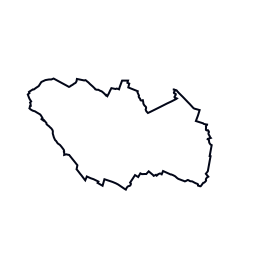 Curtuiseni, Bihor, Romania (Albers equal-area conic projection), rotated 320°
{"feature_id": "2599482B62407773842337", "entity_name": "Curtuiseni", "entity_type": "district", "adm_level": 2, "iso_a3": "ROU", "parent_name": "Romania", "parent_adm1": "Bihor", "projection": "albers", "projection_center": [22.231, 47.541], "detail": "fine", "context": "isolated", "style": "outline", "palette": "ink", "viewbox_px": 256, "rotation_deg": 320, "n_neighbors": 0, "source": "geoboundaries", "source_scale": "gbopen_adm2", "svg_char_len": 4596}
<svg xmlns="http://www.w3.org/2000/svg" viewBox="0 0 256 256"><g transform="rotate(320 128 128)"><path d="M187.6,180.9L186.9,180.6L186.5,179.6L186.9,179.0L187.7,178.2L187.9,178.0L188.2,177.7L188.4,177.3L188.8,176.8L189.2,176.6L189.4,176.6L189.7,176.5L190.6,176.4L190.8,176.2L190.0,175.3L188.8,173.8L188.6,173.3L188.6,172.8L184.5,166.3L187.3,164.7L189.1,163.7L189.6,163.4L190.1,163.1L194.4,160.3L191.2,155.7L190.9,154.5L190.7,149.4L190.5,147.0L190.0,139.5L189.5,134.1L189.4,132.1L189.4,131.5L189.4,130.4L189.1,129.9L189.0,129.6L188.4,129.2L188.4,128.8L188.2,128.3L188.1,128.2L187.8,127.9L187.7,128.0L187.8,128.2L188.0,128.3L188.2,129.1L187.6,129.7L186.8,130.0L186.1,130.2L185.8,130.5L185.7,131.0L185.9,131.5L186.4,132.6L186.1,133.1L185.3,133.5L184.4,133.8L183.5,134.1L183.4,135.0L183.8,135.7L184.4,136.8L183.8,136.8L178.5,135.6L173.6,134.3L167.6,132.9L163.8,132.0L155.5,130.0L152.9,129.3L152.8,127.1L153.0,126.3L153.4,125.2L154.8,124.3L155.3,123.2L155.2,122.6L155.1,121.5L155.1,121.3L155.2,120.1L155.4,119.5L155.6,119.0L156.4,117.8L157.2,116.2L155.9,115.6L155.7,115.3L155.5,114.9L155.7,114.1L156.1,113.2L156.1,112.2L156.0,111.9L156.2,111.2L156.5,110.7L157.2,110.3L158.1,107.1L158.2,106.8L158.3,106.6L159.1,106.1L154.3,97.1L157.5,94.8L156.6,93.0L158.5,91.7L153.9,87.9L147.8,91.4L146.0,92.6L145.6,91.8L144.5,90.4L143.6,90.2L140.9,86.8L138.2,87.9L135.5,89.2L132.7,90.3L132.7,90.2L132.6,88.9L132.1,89.0L132.0,86.8L131.8,85.1L131.4,83.0L130.8,81.9L130.5,81.4L130.2,80.5L129.7,79.4L129.2,79.1L128.7,78.7L128.4,78.1L128.0,77.7L127.9,77.5L127.8,77.3L127.9,77.1L128.0,76.6L127.9,75.7L127.7,73.6L127.1,69.6L127.0,67.9L126.4,64.9L126.4,64.5L126.2,64.1L126.1,63.9L125.6,63.7L125.3,63.6L125.1,63.5L124.8,63.2L124.6,62.9L120.4,57.6L118.6,59.1L117.3,59.6L116.8,59.7L116.2,59.6L115.2,59.4L114.0,59.3L113.2,59.3L111.6,58.9L110.9,59.0L109.2,58.6L108.2,56.0L102.8,42.3L100.4,41.5L98.6,40.0L95.5,38.2L91.4,37.1L91.0,37.1L89.7,37.5L86.5,38.5L83.1,38.1L81.3,38.0L80.5,37.9L80.0,37.3L77.7,37.0L75.7,36.7L75.3,36.7L75.2,37.0L75.1,37.5L75.0,37.9L74.4,37.9L74.2,37.9L72.8,37.9L72.2,39.6L71.6,41.3L71.2,42.8L70.9,45.4L69.3,45.6L69.1,46.4L67.8,48.5L67.2,48.1L66.5,48.6L65.8,49.2L65.1,49.6L65.2,50.1L65.3,51.1L66.1,53.4L67.3,55.2L67.6,55.8L68.0,57.2L68.2,57.7L69.4,61.1L69.4,62.4L68.9,65.4L67.4,65.6L67.4,65.9L67.7,66.6L68.2,67.0L67.9,67.3L67.9,67.8L68.1,68.3L68.7,68.3L68.7,71.8L68.1,72.6L68.1,72.8L68.2,74.0L68.3,74.4L68.7,76.2L68.7,77.1L69.0,79.1L68.8,81.1L68.4,82.1L66.8,83.9L65.2,87.5L64.4,90.4L64.6,91.8L64.3,94.1L64.3,94.7L65.0,97.3L65.0,99.6L64.8,103.4L64.1,104.8L63.8,104.8L63.6,104.9L63.4,105.3L63.1,106.2L62.4,107.0L61.8,107.6L63.2,108.2L63.4,108.3L63.8,108.5L64.4,109.3L64.6,109.6L65.6,110.8L65.3,124.0L62.3,126.4L62.1,126.5L62.1,128.1L62.0,130.7L61.9,132.0L61.9,132.3L61.9,134.6L61.8,136.2L61.7,138.2L61.6,140.3L61.6,140.6L62.9,139.9L63.2,139.8L64.2,139.3L64.4,139.2L64.6,139.0L65.0,138.9L65.3,138.7L67.2,142.6L68.7,145.1L70.9,150.0L69.4,150.5L71.4,155.9L77.0,152.1L80.9,158.4L81.5,159.4L83.1,162.5L84.1,164.9L86.3,172.6L86.7,173.8L88.2,173.1L89.3,172.8L89.9,172.7L90.3,172.7L90.7,172.8L91.1,172.9L91.5,173.1L91.9,173.3L92.8,173.5L93.9,173.0L94.5,172.4L94.5,171.2L95.5,170.9L98.6,170.0L103.1,168.6L103.9,170.9L104.3,172.1L108.3,170.7L109.0,172.3L109.3,172.5L110.6,173.5L111.1,173.9L112.4,175.0L116.0,174.5L116.5,177.5L117.0,180.4L116.9,181.1L117.7,181.4L119.3,181.8L119.3,182.9L120.1,183.0L121.5,182.8L123.1,183.3L123.8,184.0L124.2,184.5L124.0,184.8L123.9,185.1L124.0,185.2L127.2,183.5L130.8,191.0L131.4,191.5L131.8,192.4L132.2,193.1L132.7,194.3L133.1,195.4L133.2,196.1L133.4,197.6L133.6,198.5L133.8,199.2L134.1,199.8L134.8,201.0L135.5,202.3L136.9,204.7L137.2,205.4L137.6,205.6L138.7,205.9L139.6,206.1L140.1,206.1L140.5,206.4L140.7,206.7L141.0,207.5L141.3,208.4L141.7,209.0L142.2,209.5L142.8,210.1L143.0,210.4L143.2,211.0L143.9,212.8L144.3,213.7L144.9,214.8L145.1,215.2L145.3,215.5L145.4,216.0L145.3,216.4L144.8,216.8L144.6,217.1L145.3,218.2L145.8,219.0L146.2,219.3L147.0,219.2L147.8,219.0L149.3,218.6L150.4,218.4L150.5,218.5L150.9,218.7L151.6,218.8L152.1,218.8L153.2,218.7L154.0,218.5L154.7,217.3L155.4,217.0L156.1,216.8L157.0,216.7L158.2,216.9L158.2,213.1L159.1,212.9L161.1,212.5L161.3,212.4L161.5,212.3L170.4,204.9L173.1,202.7L172.5,202.0L181.1,194.9L180.6,193.7L180.7,192.0L181.0,191.1L181.7,190.1L182.2,189.2L182.4,188.7L181.8,187.8L182.1,187.6L185.0,188.8L185.0,188.0L185.1,187.4L185.4,186.4L185.6,185.2L185.6,184.9L185.8,184.4L186.2,183.8L186.7,183.4L187.2,183.3L187.5,183.0L187.5,182.9L187.8,182.0L187.6,181.4L187.4,181.2L187.6,180.9L187.6,180.9Z" fill="none" stroke="#020617" stroke-width="2"/></g></svg>